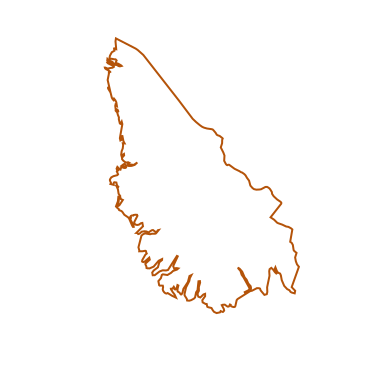 an SVG outline of Austurland, rotated 117°
{"feature_id": "ISL-695", "entity_name": "Austurland", "entity_type": "Region", "adm_level": 1, "iso_a3": "ISL", "parent_name": "Iceland", "parent_adm1": "", "projection": "mercator", "projection_center": [-15.126, 64.88], "detail": "fine", "context": "isolated", "style": "outline", "palette": "amber", "viewbox_px": 384, "rotation_deg": 117, "n_neighbors": 0, "source": "natural_earth", "source_scale": "10m", "svg_char_len": 6102}
<svg xmlns="http://www.w3.org/2000/svg" viewBox="0 0 384 384"><g transform="rotate(117 192 192)"><path d="M235.7,54.5L236.3,57.4L236.3,58.8L235.3,60.6L235.3,63.1L233.8,67.2L229.8,72.0L225.9,75.0L224.7,76.5L224.8,78.8L223.8,80.6L221.2,83.5L222.7,83.4L224.1,82.3L226.6,79.1L225.8,81.7L224.3,84.6L223.6,86.9L225.5,87.8L227.4,87.3L231.5,84.9L242.8,81.8L246.9,79.5L249.1,79.0L250.8,80.8L248.5,86.2L247.2,87.5L247.3,88.6L248.2,90.5L252.7,93.7L253.7,94.9L250.8,95.8L249.3,97.0L248.0,100.3L245.3,103.6L244.2,106.3L240.2,111.1L238.8,114.6L238.5,116.8L239.2,115.8L240.3,113.0L243.2,110.2L244.7,107.3L251.3,97.5L252.4,96.7L253.8,97.0L258.0,100.1L255.7,97.3L255.1,95.9L266.7,102.8L268.1,103.1L273.9,101.6L274.9,101.7L275.5,102.4L275.9,103.9L276.0,105.2L275.7,106.1L275.0,106.3L275.0,107.1L276.7,107.1L277.4,107.3L277.9,108.1L277.9,109.0L277.5,111.6L278.4,113.3L279.3,114.1L281.8,110.5L283.1,109.5L284.7,109.9L285.0,110.4L285.1,112.4L286.5,112.4L288.7,115.1L288.8,117.9L288.0,119.7L286.5,122.0L287.3,125.2L287.3,126.3L285.1,128.1L285.6,128.9L285.5,132.4L283.7,133.7L278.9,133.0L276.8,134.1L278.1,135.3L282.2,136.7L282.4,138.8L281.2,140.2L279.5,141.0L276.9,141.0L273.5,142.8L269.1,143.6L267.8,144.5L268.6,145.7L277.0,142.5L279.5,142.8L284.6,141.4L286.2,141.9L288.8,143.7L290.1,145.1L290.9,147.1L289.6,148.1L287.5,151.6L286.4,152.3L279.7,154.0L272.6,154.0L269.6,154.8L266.3,154.8L268.0,156.1L274.1,154.8L282.2,155.7L285.8,154.8L287.8,154.8L288.3,155.2L288.1,156.1L287.3,157.5L287.2,159.4L286.9,159.9L284.9,160.9L281.5,161.7L281.5,162.7L285.6,161.8L286.5,162.7L286.5,163.4L285.5,163.9L284.7,165.2L286.9,165.5L287.8,166.9L288.3,166.5L289.2,164.8L289.6,164.4L291.3,160.9L293.4,158.3L293.5,162.8L293.1,167.8L294.0,168.5L294.3,169.7L294.0,171.2L293.1,172.9L292.0,173.9L289.8,174.6L288.7,175.5L290.1,178.4L290.0,178.9L286.7,181.5L282.9,180.6L279.6,181.2L278.6,180.6L277.1,176.2L273.6,174.0L270.9,173.0L268.0,170.2L266.3,169.5L266.7,170.9L267.2,171.9L268.5,172.9L266.6,175.1L255.8,175.5L255.8,176.4L272.4,178.0L273.7,179.5L275.1,182.6L277.5,184.8L283.0,187.4L284.0,189.2L281.8,190.9L279.3,190.5L274.6,188.2L269.4,189.2L266.2,187.8L265.3,188.2L268.4,190.5L275.9,192.3L279.3,195.1L280.2,197.0L280.4,198.0L279.0,198.9L277.7,200.6L277.0,201.0L271.5,198.9L269.9,200.3L275.6,202.6L276.6,203.6L276.6,204.9L275.1,205.4L269.1,205.1L267.4,204.4L266.6,205.4L265.6,206.1L265.6,207.0L267.2,209.1L268.8,212.1L268.0,212.4L265.6,214.6L253.9,217.2L252.0,216.5L250.2,215.1L248.7,210.2L247.4,208.8L246.0,206.0L245.2,205.3L241.0,204.4L241.6,205.1L243.4,205.3L244.1,205.9L244.0,207.2L243.6,209.5L244.4,210.5L247.0,212.0L247.9,212.1L247.8,214.5L248.5,216.4L250.2,218.8L252.9,219.8L253.9,220.8L253.3,222.2L253.7,223.0L244.8,220.1L242.1,222.2L243.0,223.3L245.1,224.4L246.1,225.6L246.6,226.9L246.6,228.1L246.0,229.1L245.0,229.8L238.0,229.8L237.3,230.6L238.0,232.2L239.0,233.6L239.6,233.6L240.1,234.8L241.2,235.6L242.3,235.7L242.5,234.8L244.7,234.2L247.9,229.3L249.5,228.1L249.9,228.7L249.1,230.1L244.2,236.0L243.6,237.4L243.0,242.0L241.3,245.1L241.0,246.2L241.2,248.7L240.4,249.6L240.2,250.9L239.4,253.2L233.9,253.8L228.8,255.8L231.1,254.0L238.2,251.6L236.8,250.7L230.5,250.0L230.6,252.1L228.9,253.9L228.2,254.1L226.9,256.6L223.4,259.1L221.1,261.8L220.4,263.3L221.2,260.8L221.2,260.0L220.8,260.0L220.4,261.2L219.6,262.3L217.9,263.7L218.5,265.5L219.0,265.9L220.1,265.7L221.2,265.0L221.9,268.3L220.7,268.3L219.1,270.3L218.1,270.8L215.7,270.6L213.6,269.2L210.9,266.2L209.8,265.9L207.8,268.3L206.0,267.5L205.3,268.3L206.0,269.2L205.4,269.8L203.5,269.9L204.5,266.6L204.5,265.9L202.0,266.3L201.7,265.4L201.4,263.5L200.8,262.3L200.1,261.9L199.5,262.5L199.5,263.3L200.2,264.5L200.6,266.6L198.4,265.6L197.7,265.0L197.7,264.2L198.2,262.5L197.4,259.9L196.1,257.6L193.9,255.4L190.5,254.1L194.3,256.2L196.3,261.6L195.4,262.4L194.5,261.6L194.5,262.5L195.5,263.5L195.7,265.3L195.3,267.4L194.5,269.2L193.2,269.9L190.2,269.1L189.0,269.9L190.6,270.8L192.3,270.8L191.0,272.0L187.6,273.2L184.6,273.5L181.4,274.7L180.0,275.8L179.3,274.1L177.8,276.2L173.1,279.9L177.5,278.4L178.6,279.2L176.8,280.7L163.1,284.9L161.2,286.6L163.7,286.6L163.7,287.4L160.3,290.3L158.7,291.0L156.9,293.1L155.1,294.7L154.7,295.7L154.2,294.5L153.7,294.3L153.1,294.8L152.5,295.7L152.5,296.5L153.3,296.5L153.3,297.3L150.1,299.5L148.9,299.8L149.3,298.1L146.4,300.2L145.1,301.9L144.2,303.9L145.1,303.9L146.3,302.6L145.0,305.4L144.2,306.4L140.4,309.7L137.9,313.7L136.3,314.6L137.6,313.7L138.1,312.8L138.4,311.4L130.5,318.0L123.4,320.0L122.4,319.7L121.5,318.7L122.3,320.0L123.3,320.3L121.5,321.2L121.6,324.1L121.3,325.5L120.7,326.1L120.5,325.7L120.3,322.9L119.3,322.0L117.3,319.2L115.9,318.4L115.5,318.8L115.4,319.8L115.5,325.3L115.2,326.1L114.5,325.6L114.4,324.6L114.6,321.6L114.1,319.1L113.7,318.3L113.5,319.1L113.4,323.8L113.2,325.2L113.9,326.3L113.6,327.1L111.7,327.8L112.3,325.1L112.4,323.9L112.1,322.9L112.4,321.4L113.1,320.8L113.1,320.1L112.8,319.5L113.1,314.6L112.8,313.3L111.6,311.9L111.4,312.5L111.2,315.6L111.3,316.9L111.7,318.0L110.9,318.8L109.0,318.9L108.5,320.3L109.1,321.6L109.8,324.2L110.6,325.2L109.7,326.5L107.7,327.0L103.9,326.9L101.2,325.2L99.8,326.5L99.3,326.5L99.1,324.4L92.6,328.5L89.7,329.5L89.8,307.3L90.1,304.9L92.0,297.6L116.5,245.1L126.5,224.6L127.8,220.2L128.9,215.3L129.3,212.5L129.2,210.4L128.6,207.4L127.1,203.0L126.9,202.0L127.2,201.0L128.5,197.9L129.7,196.0L129.8,194.9L129.5,192.8L130.2,189.3L130.4,188.9L131.8,188.8L134.9,187.3L139.2,186.6L142.6,182.0L144.8,179.6L149.6,177.5L151.7,174.5L152.1,173.5L152.1,172.8L151.2,172.0L150.9,171.2L152.0,164.6L151.9,159.2L152.1,157.3L151.9,156.2L152.3,153.5L152.9,151.8L154.4,149.5L156.0,146.3L159.8,142.9L161.0,139.9L161.3,138.1L160.7,135.7L159.2,133.1L158.2,131.7L154.2,128.9L153.4,127.5L153.4,126.3L153.6,124.9L154.1,123.6L155.8,120.8L157.3,119.8L158.7,117.3L160.0,112.8L160.5,108.8L160.8,107.9L161.2,107.4L162.0,107.2L178.9,110.5L179.4,106.3L180.7,102.2L180.7,101.1L180.1,96.8L180.0,92.5L179.3,90.2L179.4,87.3L179.8,85.6L191.8,81.9L192.1,80.0L193.4,78.1L197.6,75.1L198.1,74.2L198.8,71.2L203.5,70.4L206.6,68.0L208.8,65.6L210.1,62.8L231.5,60.0L233.2,55.2L235.7,54.5Z" fill="none" stroke="#b45309" stroke-width="2"/></g></svg>